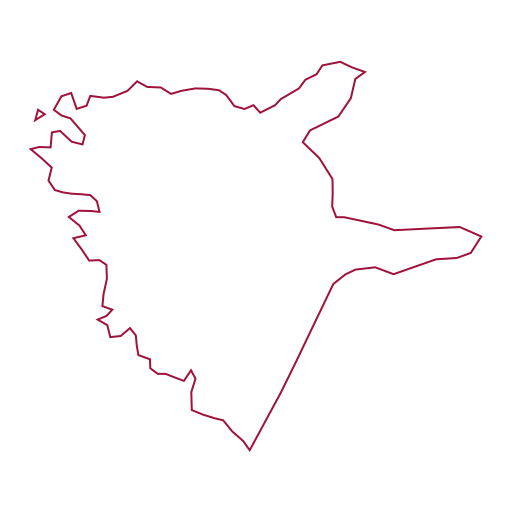 São Valério do Sul, Rio Grande do Sul, Brazil (orthographic projection)
{"feature_id": "56859067B99294936574349", "entity_name": "São Valério do Sul", "entity_type": "district", "adm_level": 2, "iso_a3": "BRA", "parent_name": "Brazil", "parent_adm1": "Rio Grande do Sul", "projection": "orthographic", "projection_center": [-53.922, -27.829], "detail": "fine", "context": "isolated", "style": "outline", "palette": "rose", "viewbox_px": 512, "rotation_deg": 0, "n_neighbors": 0, "source": "geoboundaries", "source_scale": "gbopen_adm2", "svg_char_len": 1514}
<svg xmlns="http://www.w3.org/2000/svg" viewBox="0 0 512 512"><path d="M73.4,238.2L81.6,249.3L89.2,260.6L99.3,260.1L106.4,264.8L106.9,278.9L103.6,293.8L102.4,306.1L112.3,309.7L106.5,315.9L97.7,319.6L107.3,325.2L110.3,337.1L120.7,336.0L130.0,328.1L135.8,335.4L136.8,345.8L138.4,355.1L150.0,359.3L150.3,368.3L157.8,373.9L165.7,373.9L174.1,377.2L183.9,380.9L191.0,370.3L195.5,378.7L191.3,392.2L191.8,410.1L202.9,414.6L214.1,418.1L223.2,420.3L232.4,431.6L243.1,440.9L249.7,450.2L280.8,392.7L296.5,360.8L309.4,333.8L333.3,284.0L345.4,274.4L355.4,269.6L375.2,267.3L393.5,274.2L436.1,259.3L456.7,258.0L470.8,252.9L481.3,236.5L459.7,227.0L394.3,230.2L378.7,224.6L344.1,217.2L336.2,217.2L332.2,206.5L332.7,193.3L332.5,179.1L319.3,158.1L302.8,142.2L310.0,130.4L338.4,116.5L350.8,98.3L355.3,79.0L364.9,72.0L351.8,67.3L340.2,61.8L322.4,65.4L316.6,74.2L305.3,79.8L299.0,88.4L280.7,99.2L275.1,105.2L260.2,112.7L253.5,105.2L244.4,109.0L234.4,106.1L226.2,95.0L218.8,90.2L208.4,88.8L195.5,88.4L181.5,90.8L171.0,93.9L160.8,87.5L147.1,86.9L137.1,81.3L127.6,90.8L113.0,96.8L104.0,97.7L90.3,95.9L86.6,105.7L76.7,108.9L71.2,93.0L61.4,96.3L53.8,109.8L61.7,115.6L70.4,118.3L84.9,135.1L82.5,144.4L71.6,141.7L60.1,130.9L51.9,132.4L50.6,147.4L39.0,147.0L30.7,149.2L41.4,158.1L51.7,167.6L48.5,180.6L54.8,190.0L63.0,192.4L71.6,193.7L80.8,194.2L90.3,195.1L96.9,201.2L99.5,211.9L90.8,211.0L78.7,210.7L68.8,217.0L79.5,225.6L85.8,235.3L73.4,238.2ZM44.7,114.2L38.1,109.8L35.2,120.2L44.7,114.2Z" fill="none" stroke="#9f1239" stroke-width="2"/></svg>